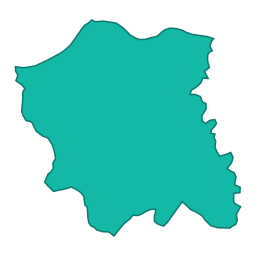 the district of Porecatu, Paraná, Brazil
{"feature_id": "56859067B39317815374127", "entity_name": "Porecatu", "entity_type": "district", "adm_level": 2, "iso_a3": "BRA", "parent_name": "Brazil", "parent_adm1": "Paraná", "projection": "orthographic", "projection_center": [-51.4, -22.744], "detail": "fine", "context": "isolated", "style": "filled", "palette": "teal", "viewbox_px": 256, "rotation_deg": 0, "n_neighbors": 0, "source": "geoboundaries", "source_scale": "gbopen_adm2", "svg_char_len": 1948}
<svg xmlns="http://www.w3.org/2000/svg" viewBox="0 0 256 256"><path d="M15.4,66.7L15.6,71.2L17.9,75.1L15.9,80.7L22.1,85.1L24.8,88.4L22.8,92.4L22.7,99.3L21.7,111.4L23.1,115.7L26.0,120.5L31.8,122.1L34.1,126.9L36.3,131.3L40.6,134.5L43.4,136.4L47.7,137.9L50.4,141.8L52.3,144.8L53.6,148.5L55.1,154.9L55.6,158.4L52.9,163.1L53.2,168.5L50.7,172.0L48.0,174.2L44.7,182.2L48.6,186.6L53.5,191.4L59.3,190.0L62.4,189.5L67.9,188.2L70.8,186.9L75.7,189.1L80.6,192.4L83.8,196.2L84.3,200.7L85.0,205.1L87.3,207.5L88.0,218.6L88.8,222.7L90.9,225.9L94.7,227.6L96.8,230.0L102.8,231.7L108.5,231.9L111.2,233.6L113.9,236.1L121.3,226.8L124.9,222.8L130.1,218.8L132.7,215.3L138.1,215.5L142.3,213.7L146.3,211.2L150.5,209.5L155.5,209.1L155.4,213.0L154.3,216.3L154.5,221.3L157.5,223.9L163.6,226.1L167.3,222.4L182.2,201.7L186.1,205.1L190.6,209.5L196.3,212.2L202.2,215.9L205.4,220.4L210.8,225.7L218.0,227.7L229.8,228.1L232.6,226.0L235.5,224.5L237.2,220.5L236.4,214.2L240.6,206.6L236.6,204.6L233.8,202.6L233.6,197.5L233.8,193.3L239.9,192.7L240.2,187.3L234.6,184.8L236.0,176.9L234.2,172.7L230.0,170.6L227.1,168.5L231.5,162.8L233.1,157.6L230.7,152.5L226.5,154.3L219.7,156.2L217.0,152.0L215.0,147.4L215.7,141.0L214.0,137.6L215.0,134.1L210.8,133.2L211.5,129.7L214.5,126.5L216.5,123.4L214.8,119.5L209.8,120.4L205.3,123.5L202.1,120.6L201.9,115.9L206.1,108.9L205.9,103.5L202.4,102.0L200.4,96.5L195.3,94.5L190.0,94.5L191.5,90.0L195.7,87.6L200.8,83.0L202.9,78.1L208.2,78.5L206.5,75.2L204.4,71.3L209.4,67.6L208.2,63.4L207.5,59.6L207.7,55.0L209.3,52.1L212.2,50.8L209.8,46.1L211.4,41.6L213.6,38.6L206.8,36.5L201.1,35.7L191.7,34.3L185.7,32.1L182.2,30.2L176.2,28.6L170.0,28.1L165.2,29.7L162.4,31.5L159.7,34.0L157.2,36.2L144.8,39.4L139.5,39.5L136.1,38.4L130.2,35.1L124.1,28.8L121.3,26.6L116.1,23.1L103.1,21.1L95.2,21.8L91.8,19.9L88.3,23.1L84.6,25.3L81.8,28.8L70.8,44.6L64.5,50.3L61.2,52.7L49.0,59.4L35.5,65.8L25.4,67.6L21.3,67.5L15.4,66.7Z" fill="#14b8a6" stroke="#0f766e" stroke-width="1.5"/></svg>